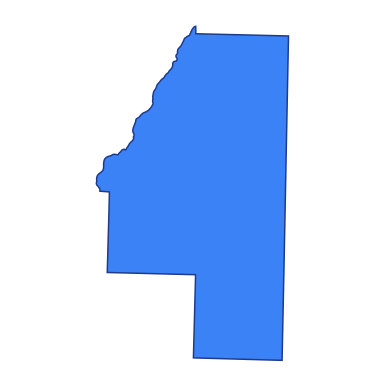 outline of Martires, Chubut, Argentina, rotated 182°
{"feature_id": "61730980B5870054171142", "entity_name": "Martires", "entity_type": "district", "adm_level": 2, "iso_a3": "ARG", "parent_name": "Argentina", "parent_adm1": "Chubut", "projection": "natural_earth1", "projection_center": [-66.778, -43.8], "detail": "fine", "context": "isolated", "style": "filled", "palette": "blue", "viewbox_px": 384, "rotation_deg": 182, "n_neighbors": 0, "source": "geoboundaries", "source_scale": "gbopen_adm2", "svg_char_len": 3499}
<svg xmlns="http://www.w3.org/2000/svg" viewBox="0 0 384 384"><g transform="rotate(182 192 192)"><path d="M184.8,26.3L182.4,26.3L96.1,26.9L97.3,109.2L97.3,111.5L99.1,227.1L101.0,351.3L184.3,350.4L193.7,350.3L193.8,353.8L194.1,357.7L194.9,357.4L195.6,357.0L196.2,356.5L196.9,355.3L197.4,354.7L197.8,354.0L198.0,353.3L198.3,352.6L198.7,352.0L198.7,351.2L199.1,350.6L199.5,349.9L199.7,349.0L200.2,348.4L201.4,347.7L202.2,347.4L202.8,346.9L203.3,346.3L203.9,345.8L204.5,345.6L205.1,344.7L205.3,343.9L205.6,343.2L205.9,342.3L206.2,341.6L206.6,341.0L206.9,340.3L207.2,339.6L207.6,338.9L207.8,338.2L208.2,337.5L208.7,336.9L209.3,336.4L210.1,335.3L210.7,334.7L211.1,333.8L211.3,333.1L211.4,331.8L211.4,331.0L211.3,330.3L211.7,329.4L212.3,328.8L212.6,328.2L212.8,327.4L212.5,326.1L212.0,325.5L211.5,324.9L211.5,324.1L211.7,323.4L212.1,322.7L212.7,322.2L213.5,322.1L214.3,321.9L215.0,321.4L215.4,320.8L215.7,320.0L215.7,319.3L215.7,318.5L215.7,317.6L215.9,316.8L216.1,316.1L216.4,315.4L216.8,314.7L217.7,313.6L218.2,313.1L218.8,312.5L219.2,311.8L219.5,311.1L219.9,310.5L220.5,309.9L221.2,309.4L221.8,308.9L222.2,308.3L222.7,307.7L223.1,307.0L223.5,306.3L223.8,305.6L224.2,305.0L224.9,304.5L225.6,304.1L226.1,303.5L226.7,302.9L227.2,302.3L227.6,301.7L228.0,301.0L228.6,300.4L229.1,299.8L229.6,299.2L230.1,298.6L230.5,297.9L230.8,297.2L231.0,296.5L231.2,295.8L231.5,295.0L231.8,294.3L232.1,293.6L232.5,292.9L233.0,292.3L233.4,291.7L233.7,290.9L233.9,290.2L234.1,289.5L234.2,288.7L234.3,288.0L234.4,287.2L234.5,286.5L234.5,285.7L234.4,284.9L234.4,284.2L234.4,283.4L234.4,282.7L234.5,281.9L234.5,281.1L234.4,280.4L234.2,279.6L233.9,278.9L234.1,278.3L234.6,277.6L234.9,276.9L235.2,276.2L235.6,275.5L236.0,274.9L236.5,274.3L237.1,273.7L237.6,273.1L238.1,272.5L238.7,272.0L239.3,271.4L240.0,271.0L240.7,270.6L241.4,270.2L242.1,269.9L242.9,269.6L243.6,269.2L244.2,268.7L244.8,268.1L245.4,267.6L245.9,267.0L246.4,266.4L246.9,265.7L247.4,265.1L247.9,264.6L248.6,264.2L249.4,263.7L250.0,263.3L250.4,262.7L250.6,262.0L250.7,261.2L250.8,260.5L251.0,259.7L251.2,259.0L251.5,258.3L251.7,257.5L252.0,256.8L252.2,256.1L252.5,255.4L252.7,254.7L253.0,253.9L253.1,253.2L253.2,252.4L253.3,251.7L253.3,250.9L253.1,250.1L252.9,249.4L252.5,248.7L252.2,248.0L251.8,247.3L251.8,246.6L252.1,245.9L252.4,245.2L252.5,244.4L252.2,243.7L252.3,243.0L252.7,242.3L253.0,241.6L253.5,241.0L254.1,240.4L254.7,239.9L255.2,239.3L255.7,238.7L256.2,238.1L256.5,237.4L256.9,236.7L257.3,236.0L257.6,235.3L258.1,234.7L258.5,234.0L258.9,233.4L259.1,232.8L259.3,232.2L259.8,231.8L260.5,231.9L260.9,232.3L261.6,232.4L262.4,232.0L263.2,231.7L264.1,230.7L264.6,229.8L265.2,229.3L266.2,228.3L266.6,227.7L267.0,227.0L267.9,226.6L268.5,226.7L269.4,226.8L270.8,227.0L271.6,226.9L272.4,226.7L273.8,225.8L274.5,225.4L275.5,225.1L276.3,224.8L277.1,224.6L277.8,224.2L278.5,223.8L279.2,223.3L279.7,222.7L280.2,222.1L280.8,220.9L281.0,220.1L281.1,219.4L281.2,218.4L281.3,217.1L281.3,216.1L281.2,215.4L281.2,214.6L281.2,213.3L281.3,212.3L281.5,211.6L281.7,210.8L282.1,210.2L283.0,209.1L283.6,208.6L284.2,208.1L284.9,207.6L285.5,207.1L286.2,206.4L286.7,205.8L287.3,204.6L287.6,203.7L287.7,202.9L287.8,202.1L287.7,200.8L287.6,200.0L287.5,199.3L287.8,198.6L287.9,197.7L287.8,196.9L287.6,196.1L287.3,195.5L286.6,194.9L285.7,193.9L285.2,193.3L284.8,192.6L284.3,192.0L284.1,191.1L284.1,190.3L284.1,189.6L274.6,189.2L274.5,186.6L274.4,178.7L274.3,166.9L273.9,108.6L191.8,109.4L185.7,109.5L185.5,106.7L184.8,26.3Z" fill="#3b82f6" stroke="#1e3a8a" stroke-width="1.5"/></g></svg>